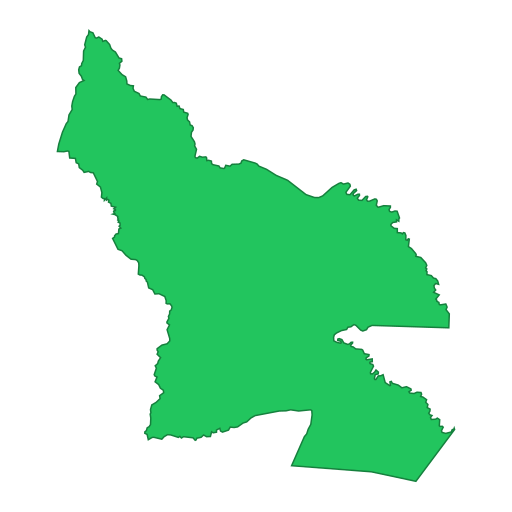 the district of El Cantón Del San Pablo (Managrú), Chocó, Colombia
{"feature_id": "7082276B94568538347754", "entity_name": "El Cantón Del San Pablo (Managrú)", "entity_type": "district", "adm_level": 2, "iso_a3": "COL", "parent_name": "Colombia", "parent_adm1": "Chocó", "projection": "albers", "projection_center": [-76.776, 5.377], "detail": "fine", "context": "isolated", "style": "filled", "palette": "green", "viewbox_px": 512, "rotation_deg": 0, "n_neighbors": 0, "source": "geoboundaries", "source_scale": "gbopen_adm2", "svg_char_len": 6027}
<svg xmlns="http://www.w3.org/2000/svg" viewBox="0 0 512 512"><path d="M144.8,433.3L147.1,434.4L148.3,439.7L152.2,437.4L153.9,437.3L161.8,439.2L164.1,436.7L167.5,434.7L170.6,434.9L178.4,437.4L179.9,436.3L181.4,438.0L183.6,436.7L193.0,437.8L195.2,440.3L196.1,439.9L196.8,438.2L201.1,437.3L203.6,435.0L206.6,436.7L210.4,436.5L211.6,431.8L213.2,432.8L216.5,432.2L216.5,430.0L219.8,428.3L220.5,431.0L222.5,432.1L228.5,430.1L230.2,427.1L234.1,427.5L237.6,426.9L243.1,423.0L246.7,421.9L250.9,418.0L255.1,415.6L279.3,411.0L286.1,410.8L290.6,409.8L298.6,411.0L310.5,409.8L311.8,410.6L312.1,414.9L310.8,424.4L308.2,429.2L306.7,433.9L304.4,436.6L291.6,465.7L371.4,471.8L415.9,481.3L454.6,429.5L454.2,428.2L453.9,429.1L452.2,429.7L451.2,432.0L445.7,433.4L442.0,432.4L441.5,430.6L443.2,427.2L442.3,426.3L440.0,426.4L439.3,425.8L439.7,419.7L437.3,418.1L435.7,419.2L431.3,419.5L430.5,417.5L432.0,415.5L430.1,414.9L428.7,413.2L429.9,411.2L430.1,409.1L427.2,407.6L427.9,404.5L425.7,402.3L426.6,399.7L422.8,397.0L420.6,396.5L421.6,394.2L421.0,392.5L417.0,392.2L414.1,393.5L409.8,393.1L408.9,391.8L411.2,390.2L410.9,388.9L406.5,386.7L401.9,387.8L398.3,385.1L392.3,383.3L391.3,381.4L389.9,381.9L390.5,385.3L389.9,385.7L385.2,382.6L383.1,374.7L380.7,375.8L378.3,375.9L375.9,379.5L374.9,379.5L374.4,378.7L375.2,374.7L378.2,373.9L378.4,372.1L376.0,370.0L374.6,372.2L372.4,373.9L370.6,373.8L370.4,372.3L373.5,366.2L372.8,364.5L370.2,363.7L369.7,362.9L370.2,362.0L372.3,361.7L372.2,358.9L366.7,359.8L366.0,359.3L366.2,357.8L368.9,356.0L369.0,354.6L364.3,353.7L362.7,350.1L361.7,349.4L355.7,348.9L353.1,346.9L351.1,346.5L350.7,345.2L352.6,343.0L352.6,342.2L351.1,342.3L349.3,344.0L347.7,344.4L343.8,342.9L341.9,339.6L339.2,338.6L337.8,339.1L337.7,340.4L340.8,341.3L341.2,342.8L340.6,343.2L336.9,342.4L333.8,340.8L333.6,337.3L334.3,334.8L336.5,333.0L341.4,330.6L346.6,329.5L347.9,327.2L350.9,326.8L353.9,324.6L355.9,325.3L360.7,330.1L362.8,331.0L366.5,329.7L368.0,327.2L372.0,325.4L448.8,327.8L449.3,313.9L446.0,309.6L447.1,307.1L445.8,304.0L440.1,304.9L439.1,304.1L438.9,302.4L436.8,301.3L436.8,300.2L435.8,299.1L439.2,294.9L433.6,292.3L435.7,290.0L434.4,288.2L433.9,285.6L435.7,283.5L438.6,284.3L437.7,281.0L435.8,278.6L433.5,278.1L431.3,275.6L426.9,274.6L427.0,271.6L426.0,270.7L426.8,268.9L425.6,267.9L426.8,265.4L425.6,262.7L420.8,257.5L415.8,256.3L416.2,254.8L415.7,253.6L411.5,248.6L408.4,246.6L409.3,239.1L408.3,238.8L407.2,240.3L405.8,239.7L405.9,235.5L404.8,232.9L403.4,232.6L402.4,233.9L401.0,232.9L397.3,232.6L397.3,228.6L394.1,228.3L391.0,225.8L390.8,224.6L392.7,222.5L396.5,221.9L396.5,219.8L398.8,221.2L398.9,218.6L399.5,218.0L397.1,211.2L394.9,211.0L391.8,212.1L389.6,211.4L389.0,209.6L390.4,207.4L390.4,206.0L383.7,205.7L378.1,207.3L376.3,205.3L377.2,200.9L376.4,199.3L374.9,198.9L369.4,201.2L367.5,201.2L366.5,199.7L367.8,196.8L367.5,196.3L365.7,196.5L362.0,200.4L358.6,200.2L357.3,198.2L359.5,195.4L359.4,194.2L358.0,194.2L354.2,196.0L353.0,194.7L353.4,193.5L356.6,190.6L356.1,189.2L354.1,189.9L350.0,194.7L346.8,194.4L345.9,192.3L350.3,186.2L349.9,184.3L348.0,183.0L343.5,184.1L341.0,182.7L338.9,183.4L332.1,187.4L322.7,195.9L318.7,197.6L314.4,197.5L306.0,194.6L287.6,180.3L276.2,175.4L266.5,169.3L258.8,166.1L257.2,164.1L255.2,163.1L243.7,159.8L241.7,161.0L241.0,163.1L238.9,164.1L232.1,164.3L230.0,166.2L225.8,165.3L224.5,168.3L223.8,168.5L220.1,167.9L218.9,166.0L213.0,164.7L211.6,163.6L211.4,161.1L208.6,160.3L206.8,160.6L206.6,157.8L205.9,156.9L202.3,157.2L199.6,156.3L197.3,158.1L195.5,157.7L194.9,156.4L196.5,149.3L194.6,145.9L195.0,144.0L194.4,141.7L191.0,136.4L191.5,132.2L193.0,130.1L193.3,127.7L192.0,125.6L190.2,125.0L189.5,121.8L187.6,120.1L187.0,117.8L188.1,114.4L187.7,113.3L183.7,112.1L183.3,109.5L180.0,108.6L179.0,106.0L177.1,106.3L176.3,103.2L174.5,102.5L172.8,102.6L171.0,100.1L164.1,94.9L162.7,94.8L161.4,96.7L161.2,99.1L159.9,99.6L149.6,99.0L147.7,99.5L145.9,97.1L140.3,96.0L139.0,93.5L134.3,91.3L133.0,88.3L133.4,85.8L130.3,85.5L126.9,83.9L126.8,81.1L125.6,76.8L122.0,74.6L118.1,70.4L119.4,68.2L119.9,65.0L119.4,63.3L121.9,61.2L121.6,58.7L119.0,58.0L115.4,52.0L112.4,50.1L110.9,48.2L109.6,44.5L106.2,40.7L105.4,40.4L102.8,41.4L102.1,39.2L98.8,37.0L96.5,38.1L95.2,37.7L92.9,32.8L90.0,31.8L89.0,30.7L88.5,34.6L86.7,37.0L84.7,44.8L85.5,47.2L83.6,51.0L83.3,60.5L81.7,63.6L81.5,65.7L79.5,66.9L78.7,69.7L79.1,73.3L81.4,76.3L82.5,79.4L84.0,80.5L79.4,82.6L75.8,87.5L75.9,94.0L74.4,96.3L72.6,101.6L71.8,106.1L72.2,109.5L69.0,114.9L68.0,121.5L66.3,123.6L62.5,132.1L58.8,144.0L57.4,151.5L63.9,151.7L67.4,151.0L68.9,151.4L69.7,158.0L75.4,158.4L76.2,162.7L78.7,163.9L79.3,167.6L82.8,170.3L84.1,172.4L88.7,171.4L90.5,172.5L93.3,172.8L97.5,181.5L96.7,184.1L100.4,187.0L101.9,192.6L101.4,197.1L102.9,198.4L104.4,198.6L104.4,200.3L106.6,197.9L106.6,200.1L107.9,199.4L108.9,200.1L108.5,202.1L110.9,203.3L111.3,206.1L115.6,207.2L113.8,208.8L115.4,209.5L115.4,210.6L114.1,210.7L113.6,211.7L114.8,213.5L113.0,214.1L115.0,214.6L117.8,216.5L117.7,218.0L118.4,219.0L117.7,220.0L118.9,221.0L118.2,222.2L120.0,223.0L120.1,225.3L119.1,226.2L120.8,228.1L118.9,229.0L118.4,233.6L116.1,234.0L114.6,235.8L114.5,237.1L112.6,238.4L118.0,249.3L122.0,250.7L126.0,255.3L131.0,259.2L135.6,259.6L137.1,260.4L138.7,262.8L138.9,265.7L138.3,274.1L139.9,275.0L141.9,275.1L144.4,276.8L144.9,278.5L146.1,279.5L146.2,281.0L147.4,282.1L148.7,287.9L152.7,289.7L154.9,294.0L159.0,293.7L164.8,296.5L166.2,300.7L166.1,303.3L167.2,303.9L170.0,303.8L171.8,306.2L172.0,307.6L171.1,310.1L169.7,311.1L169.6,314.0L168.4,316.5L168.9,318.3L166.9,322.0L167.0,323.0L169.5,324.9L167.1,329.7L169.7,338.4L169.8,340.9L167.1,343.8L161.9,345.1L157.1,348.7L157.1,350.1L158.2,351.8L157.1,354.2L160.6,357.7L158.3,361.1L157.7,363.6L155.2,365.8L156.4,368.1L154.2,374.7L155.0,376.1L157.0,377.0L155.1,381.8L158.7,384.6L160.4,388.2L163.3,390.2L163.7,392.7L159.6,395.7L160.1,398.6L156.1,402.4L151.8,404.9L150.5,409.6L150.9,412.7L150.2,414.1L150.8,418.1L150.5,424.6L149.1,426.7L147.2,427.8L146.4,430.6L144.9,431.8L144.8,433.3Z" fill="#22c55e" stroke="#15803d" stroke-width="1.5"/></svg>